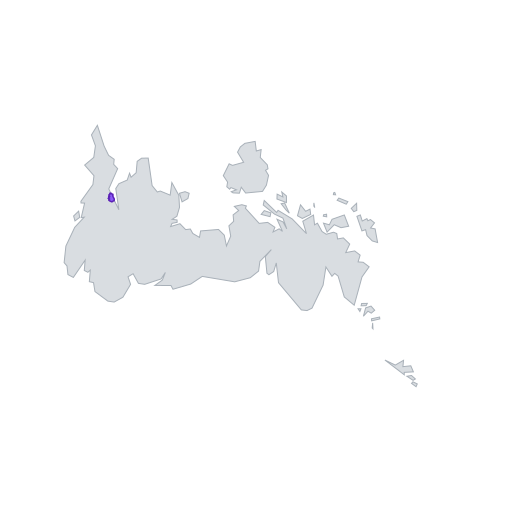 where North Somerset sits in United Kingdom, rotated 115°
{"feature_id": "GBR-2045", "entity_name": "North Somerset", "entity_type": "Unitary Authority", "adm_level": 1, "iso_a3": "GBR", "parent_name": "United Kingdom", "parent_adm1": "", "projection": "mercator", "projection_center": [-2.807, 51.391], "detail": "fine", "context": "in_parent", "style": "filled", "palette": "violet", "viewbox_px": 512, "rotation_deg": 115, "n_neighbors": 0, "source": "natural_earth", "source_scale": "10m", "svg_char_len": 4472}
<svg xmlns="http://www.w3.org/2000/svg" viewBox="0 0 512 512"><g transform="rotate(115 256 256)"><path d="M272.1,399.8L254.1,411.6L248.4,410.8L241.6,404.8L234.4,405.6L237.4,402.5L231.2,399.8L220.4,403.7L215.7,401.0L212.8,395.1L236.1,379.9L239.7,372.5L237.6,370.2L237.1,359.5L225.0,363.3L233.6,351.6L244.2,345.9L253.4,344.5L258.2,347.5L256.7,342.8L258.8,341.7L261.9,345.9L265.4,345.8L258.9,338.6L261.8,330.9L259.3,326.9L262.3,322.8L263.0,315.1L256.7,316.8L247.8,301.2L250.5,293.6L259.4,287.0L248.7,287.3L240.1,293.3L234.0,290.9L228.4,294.1L222.1,290.9L220.2,296.6L215.5,290.5L214.7,285.9L217.2,285.8L225.1,266.9L220.6,259.6L222.0,251.0L227.0,250.7L221.6,246.5L222.5,242.4L213.8,252.5L213.7,245.9L218.4,239.6L210.3,247.6L210.2,257.0L206.7,271.0L202.2,272.0L207.8,255.7L205.3,255.3L207.1,238.9L214.4,219.7L204.7,228.3L194.6,221.2L203.0,216.1L200.3,214.2L205.9,206.5L206.6,201.5L201.7,195.8L201.5,192.3L206.1,189.3L202.7,184.5L205.6,176.1L215.0,176.1L209.7,168.7L211.2,162.0L218.2,161.0L216.4,156.2L218.0,148.9L230.2,151.1L259.1,146.2L255.8,158.7L239.5,173.1L238.5,177.3L242.3,178.6L236.4,188.0L254.0,182.9L279.6,183.2L283.9,186.7L285.7,192.1L270.7,224.3L253.7,234.7L262.6,233.4L267.5,236.4L267.0,238.8L252.6,247.3L243.7,244.8L259.2,250.2L268.6,247.3L278.1,252.0L288.4,264.4L297.2,296.1L309.0,303.3L321.2,317.2L318.7,320.6L325.4,335.2L317.4,330.7L309.2,331.2L316.9,332.3L328.7,344.9L330.5,351.0L324.0,359.9L328.9,363.2L334.7,357.7L349.6,359.2L357.7,365.1L359.5,371.2L356.3,386.9L348.8,392.0L349.7,396.2L338.8,400.2L341.8,401.5L341.7,405.5L331.9,409.1L352.6,412.5L352.3,418.6L344.9,423.1L343.1,427.1L327.3,432.5L306.6,432.4L293.4,428.1L295.1,430.6L280.5,433.7L281.9,437.0L280.4,437.8L260.2,434.0L251.7,436.8L246.0,449.7L235.2,444.7L224.0,448.1L215.8,456.3L204.6,455.0L220.6,440.1L227.1,432.1L228.3,425.4L233.1,423.7L235.3,418.3L257.4,417.8L272.1,399.8ZM197.0,319.6L183.8,319.3L183.8,315.6L176.3,306.8L169.7,316.6L163.8,316.3L158.6,313.7L152.5,305.2L160.7,300.1L157.4,296.3L164.9,293.8L168.6,284.3L171.9,282.0L174.3,283.6L177.6,278.7L187.4,276.5L194.7,277.4L203.3,292.0L199.9,298.4L206.1,297.6L208.5,303.5L208.2,305.6L204.3,301.7L204.6,307.7L206.6,308.1L205.6,311.7L201.0,313.0L197.0,319.6ZM193.2,157.0L190.6,164.0L185.8,167.8L188.5,170.6L177.4,181.3L174.7,178.8L179.4,174.5L175.3,171.3L176.8,169.5L174.6,167.7L175.9,162.6L182.2,164.0L181.1,159.5L192.4,151.5L193.2,157.0ZM194.4,190.9L194.6,198.3L204.3,201.7L197.7,208.7L196.7,202.7L190.6,202.6L181.5,193.3L189.9,184.6L194.4,190.9ZM294.5,64.4L298.8,72.5L301.0,71.4L295.8,95.2L296.0,83.7L288.2,78.2L294.2,76.1L290.1,69.3L294.5,64.4ZM202.0,235.4L190.8,237.3L194.5,229.9L190.7,226.9L195.2,224.0L202.4,229.9L202.0,235.4ZM232.7,342.0L238.2,345.9L231.5,351.9L227.7,347.5L227.4,343.1L232.7,342.0ZM194.7,251.0L195.5,261.1L191.0,263.0L191.1,256.6L187.1,259.7L188.7,253.8L194.7,251.0ZM259.1,127.4L258.7,131.2L265.2,133.2L256.7,134.7L252.8,130.6L255.0,125.5L259.1,127.4ZM216.1,268.9L211.4,267.7L210.6,260.8L214.4,259.9L216.1,268.9ZM300.7,434.9L296.8,438.2L290.3,435.7L295.5,432.1L300.7,434.9ZM198.0,255.3L195.9,252.4L203.1,243.9L201.6,248.2L198.0,255.3ZM172.1,183.9L174.5,186.1L172.6,189.8L165.7,187.1L172.1,183.9ZM171.2,206.0L168.5,205.4L167.9,195.7L170.9,196.1L171.2,206.0ZM301.2,68.4L298.6,64.6L300.1,59.6L302.3,61.1L301.2,68.4ZM265.9,123.8L264.1,124.8L259.1,118.2L260.7,117.2L265.9,123.8ZM256.7,139.7L254.4,140.2L251.9,135.1L254.5,135.2L256.7,139.7ZM306.8,55.7L305.7,61.2L303.7,60.6L303.8,55.8L306.8,55.7ZM272.1,120.3L267.3,122.0L272.6,119.2L272.1,120.3ZM191.5,211.8L190.1,212.2L188.3,209.7L190.6,208.5L191.5,211.8ZM262.4,138.4L260.7,141.2L259.5,138.6L262.4,138.4ZM186.3,224.7L183.4,226.0L187.3,223.2L186.3,224.7ZM167.7,211.8L165.9,212.3L165.1,211.5L166.9,209.7L167.7,211.8Z" fill="#d9dde1" stroke="#a8b0b8" stroke-width="1"/><path d="M260.4,413.9L260.4,413.6L260.5,413.1L260.6,412.7L260.9,412.4L261.0,412.1L260.7,411.8L261.2,411.3L261.9,411.4L262.6,410.7L264.0,408.8L264.4,408.5L264.8,408.3L265.2,408.1L265.7,408.1L265.9,408.0L266.0,408.2L266.4,408.6L266.8,408.8L267.2,409.0L267.7,409.4L267.9,409.8L267.9,410.3L267.9,410.7L267.9,411.3L267.9,411.7L267.9,411.9L267.8,412.3L267.6,413.0L267.4,413.1L267.2,413.2L266.9,413.2L266.7,413.1L266.5,412.8L266.3,412.8L266.2,413.2L266.2,413.7L266.2,414.0L265.8,413.8L264.1,413.7L264.0,413.9L264.1,414.0L264.6,414.5L263.6,414.8L262.7,414.6L262.6,415.0L261.7,414.6L261.1,414.9L260.7,414.8L260.7,414.2L260.4,414.0L260.4,413.9L260.4,413.9Z" fill="#8b5cf6" stroke="#5b21b6" stroke-width="1.5"/></g></svg>